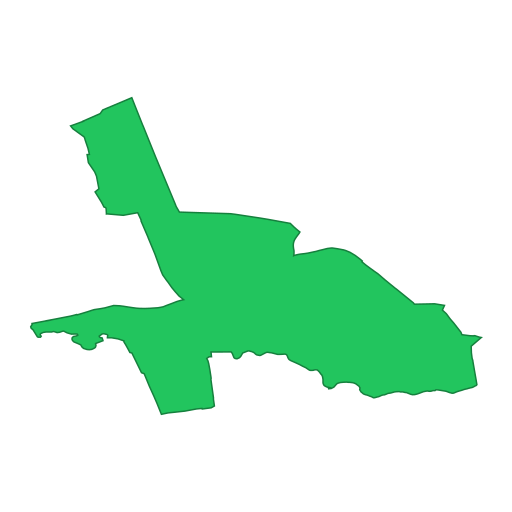 Grobiņa, Grobinas, Latvia (Equal Earth projection)
{"feature_id": "27541924B27244919025150", "entity_name": "Grobiņa", "entity_type": "district", "adm_level": 2, "iso_a3": "LVA", "parent_name": "Latvia", "parent_adm1": "Grobinas", "projection": "equal_earth", "projection_center": [21.167, 56.543], "detail": "fine", "context": "isolated", "style": "filled", "palette": "green", "viewbox_px": 512, "rotation_deg": 0, "n_neighbors": 0, "source": "geoboundaries", "source_scale": "gbopen_adm2", "svg_char_len": 5950}
<svg xmlns="http://www.w3.org/2000/svg" viewBox="0 0 512 512"><path d="M293.7,255.7L293.9,254.5L294.0,253.0L294.0,251.0L293.9,250.3L293.5,248.1L293.4,246.9L293.3,246.3L293.3,244.9L293.4,243.6L293.7,242.2L294.1,240.9L294.7,239.6L296.1,237.4L299.2,233.2L299.9,232.0L298.6,231.0L296.1,228.9L295.6,228.4L294.3,227.3L291.0,224.1L290.3,223.4L280.9,221.7L268.2,219.4L260.4,218.1L235.2,214.3L230.4,213.7L179.4,212.1L176.0,206.2L175.8,205.5L174.5,202.3L158.0,162.7L155.5,156.7L143.2,126.2L142.6,124.9L135.7,107.6L131.8,97.7L103.1,109.8L102.7,110.0L100.2,113.6L83.1,121.1L83.3,121.3L70.9,125.8L70.6,125.9L72.9,128.8L83.8,136.7L84.4,137.4L85.4,140.7L88.0,148.4L88.7,151.4L89.4,154.4L88.3,154.5L87.1,154.6L88.4,162.7L94.7,171.9L96.5,176.2L98.9,188.8L95.1,191.9L101.3,201.9L102.6,204.3L103.8,206.7L103.9,206.9L104.1,207.1L105.2,207.4L105.9,208.0L106.1,208.4L106.4,213.4L106.4,214.0L107.1,213.9L123.3,215.3L137.7,212.7L141.1,220.0L141.0,220.9L148.0,237.2L148.1,237.6L154.0,251.8L154.8,253.8L155.2,254.8L161.0,270.9L162.7,274.9L166.6,280.4L168.1,282.3L169.5,284.3L171.9,287.7L173.8,290.0L175.3,291.8L179.0,296.0L181.7,298.1L183.6,299.7L181.0,300.3L176.9,301.5L171.5,303.6L166.9,305.3L163.2,306.8L160.7,307.3L157.7,307.8L152.8,308.1L150.0,308.3L144.9,308.5L139.5,308.4L136.7,308.2L132.8,307.7L127.4,306.9L123.7,306.3L119.8,305.8L117.9,305.7L113.7,305.5L104.8,307.9L99.7,308.8L97.6,309.1L94.3,309.6L92.2,310.2L88.0,311.6L77.1,314.9L76.8,314.5L72.6,315.6L70.5,316.1L64.8,317.2L55.1,319.1L48.2,320.4L48.5,320.5L46.9,320.8L44.9,321.1L32.0,323.5L32.2,324.3L30.7,326.8L31.2,328.3L33.1,329.9L37.3,336.7L38.1,337.2L38.7,337.2L40.5,337.2L41.2,336.2L40.1,334.8L40.4,333.9L41.1,333.4L43.3,332.4L46.0,332.0L51.6,332.0L53.3,331.5L54.8,331.8L57.1,332.6L59.4,332.3L60.1,332.1L62.7,331.2L63.7,331.1L67.0,332.8L71.4,334.1L75.1,334.0L77.2,334.1L77.7,334.7L77.8,335.3L76.2,336.0L73.4,336.5L72.1,337.9L72.0,339.2L72.5,340.5L73.9,341.9L78.0,343.6L80.8,344.9L81.8,346.8L83.5,348.4L87.0,349.5L89.3,349.7L91.7,349.4L93.5,348.6L95.0,347.7L95.6,346.9L96.0,345.2L95.5,343.8L95.9,343.4L97.8,342.7L103.0,340.7L102.8,339.9L102.3,338.4L102.1,337.9L101.4,337.8L100.5,337.7L99.9,337.3L99.4,336.8L99.2,336.1L100.9,334.9L102.1,334.0L103.0,333.8L104.0,333.8L105.0,334.0L106.6,334.4L107.6,334.9L107.8,335.5L107.6,336.2L107.4,337.1L107.4,337.8L111.7,337.8L118.1,338.9L124.0,340.9L123.9,341.8L125.0,343.7L125.1,343.8L125.5,344.4L125.6,344.6L127.6,348.2L129.9,352.5L131.9,353.0L133.7,356.7L135.9,361.2L141.5,372.7L144.2,373.7L149.3,386.1L153.9,396.2L157.0,403.4L161.4,414.3L168.1,412.9L173.9,412.3L184.9,411.1L196.2,409.0L197.0,408.9L202.0,408.4L202.2,409.0L211.2,407.8L214.4,406.0L213.4,398.9L213.5,398.0L210.9,379.3L211.1,378.5L211.0,377.3L210.8,376.0L209.8,369.5L208.7,363.6L207.9,360.7L206.7,358.5L208.8,356.9L210.2,356.7L211.5,356.7L211.0,352.0L214.8,352.0L231.1,351.9L232.2,353.3L234.0,357.7L235.1,358.5L237.0,358.8L239.5,357.7L240.8,356.3L242.7,353.0L247.8,351.0L248.6,350.9L249.6,351.0L250.2,351.3L251.4,351.5L253.6,352.4L254.9,353.4L255.3,353.9L256.1,354.5L256.8,354.9L258.9,355.3L259.8,355.5L260.3,355.4L260.9,355.2L265.3,352.9L266.5,352.4L267.2,352.3L267.9,352.3L269.5,352.6L271.5,352.8L276.5,354.1L277.7,354.4L278.5,354.4L279.1,354.4L281.6,354.3L284.7,354.1L285.5,354.2L286.2,354.5L286.6,354.8L287.1,355.5L288.0,357.8L288.6,358.9L289.0,359.4L289.5,359.8L290.8,360.6L294.9,362.4L299.5,364.5L302.6,366.2L305.8,367.7L307.4,368.8L309.2,370.0L309.6,370.2L310.0,370.3L310.6,370.4L311.2,370.4L312.0,370.4L313.2,370.3L314.2,370.0L315.2,369.8L315.7,369.8L316.2,369.8L316.7,369.9L317.3,370.0L317.7,370.3L319.4,372.0L320.9,374.1L321.8,375.0L322.2,375.9L322.5,376.6L322.8,378.2L323.0,379.4L323.0,380.3L323.0,382.9L323.3,383.9L323.6,384.6L323.8,385.0L324.3,385.6L324.9,386.0L326.4,386.8L327.6,387.2L328.7,387.4L329.9,387.6L328.4,388.7L328.0,388.9L328.5,388.8L331.2,388.5L333.9,387.1L336.8,383.8L338.2,383.1L339.4,382.8L340.5,382.5L343.8,382.2L346.9,382.1L347.9,382.3L349.4,382.3L352.8,382.7L354.2,383.1L355.8,383.8L359.0,386.2L360.0,387.9L359.7,389.7L361.1,392.0L362.3,392.9L363.3,393.8L364.1,394.2L365.5,394.7L366.8,395.0L368.3,395.5L369.9,396.2L370.9,396.5L371.3,396.6L372.0,397.0L373.3,397.7L374.0,397.8L375.5,397.5L376.8,397.1L378.9,396.6L381.5,395.4L382.7,395.0L383.6,394.9L384.6,394.8L386.6,394.0L387.7,393.5L388.6,393.3L390.7,393.0L391.8,392.7L394.6,391.9L396.4,391.7L398.4,391.6L399.3,391.6L400.4,391.9L401.0,391.9L402.2,391.9L402.8,391.9L404.3,392.3L405.2,392.5L406.6,392.6L407.5,393.0L410.8,394.3L412.5,394.7L414.8,394.6L417.5,393.9L420.0,393.0L423.4,391.7L426.4,391.1L427.6,391.0L428.6,391.2L429.9,391.3L430.9,391.2L432.1,390.9L432.8,390.6L434.1,390.6L435.0,390.6L435.9,389.8L437.8,389.9L442.1,390.6L444.7,391.0L445.1,391.1L445.9,391.2L448.6,392.2L449.7,392.6L450.6,392.8L451.6,393.1L452.3,393.2L453.0,393.2L453.9,393.0L455.1,392.5L456.5,391.9L457.9,391.4L458.3,391.3L459.2,391.0L461.4,390.4L462.9,389.9L463.7,389.6L465.1,389.2L467.0,388.8L468.6,388.3L469.1,388.2L469.7,388.0L472.1,387.5L472.6,387.3L473.7,386.8L474.8,386.1L476.2,385.5L476.9,384.7L476.1,379.9L474.7,371.9L472.8,360.8L472.8,360.4L472.1,358.3L471.4,352.7L471.2,346.2L481.3,337.5L479.2,337.1L474.9,335.7L473.9,335.7L473.8,335.8L473.7,335.9L471.7,335.8L469.8,335.7L461.9,334.7L460.9,332.2L453.7,323.0L450.4,319.2L449.4,317.9L448.6,316.8L447.8,315.7L447.0,314.6L446.2,313.6L442.4,310.1L444.5,305.4L434.6,303.8L425.1,304.0L414.5,304.2L414.3,304.1L414.2,303.9L413.4,302.9L404.8,295.9L396.4,289.1L394.9,288.0L393.1,286.5L390.0,284.0L384.9,279.8L381.3,276.7L380.4,275.9L377.7,273.6L375.9,272.4L375.5,272.1L374.2,271.2L373.4,270.6L369.8,268.0L366.3,265.4L365.4,264.7L363.1,262.8L361.9,261.8L362.3,261.0L360.3,259.3L355.3,255.5L350.0,252.3L345.6,250.5L343.6,249.9L337.2,248.7L332.3,248.0L331.4,248.0L328.9,248.3L327.3,248.5L324.5,249.2L321.7,249.9L319.5,250.4L316.0,251.4L314.0,251.8L311.7,252.3L308.0,253.1L304.7,253.6L300.3,254.1L298.0,254.5L295.9,255.0L294.1,255.5L293.7,255.7Z" fill="#22c55e" stroke="#15803d" stroke-width="1.5"/></svg>